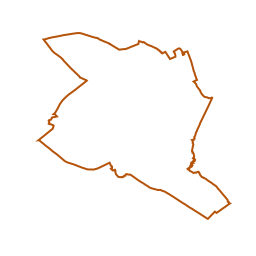 the district of Faurei, Neamt, Romania, rotated 172°
{"feature_id": "2599482B17296269865935", "entity_name": "Faurei", "entity_type": "district", "adm_level": 2, "iso_a3": "ROU", "parent_name": "Romania", "parent_adm1": "Neamt", "projection": "natural_earth1", "projection_center": [26.714, 46.923], "detail": "fine", "context": "isolated", "style": "outline", "palette": "amber", "viewbox_px": 256, "rotation_deg": 172, "n_neighbors": 0, "source": "geoboundaries", "source_scale": "gbopen_adm2", "svg_char_len": 5445}
<svg xmlns="http://www.w3.org/2000/svg" viewBox="0 0 256 256"><g transform="rotate(172 128 128)"><path d="M105.0,212.5L106.1,209.7L106.6,209.6L109.8,208.9L110.9,208.5L112.6,208.2L113.3,208.0L119.3,206.5L121.3,206.7L125.9,206.8L126.9,207.7L132.5,212.2L133.8,213.4L134.4,214.0L134.7,213.8L135.8,214.9L140.9,217.8L141.7,218.4L143.2,219.2L144.2,220.0L145.8,221.4L147.7,221.9L151.5,223.6L155.4,225.5L157.0,226.2L159.7,227.6L162.4,228.7L164.3,229.0L166.5,229.1L179.3,228.9L183.0,228.6L183.9,228.6L184.8,228.5L190.9,228.3L192.6,228.1L193.4,228.1L196.4,227.6L198.3,227.4L199.3,227.4L196.1,221.9L195.1,220.0L194.4,218.9L192.5,215.3L191.3,213.7L190.4,212.6L187.3,209.7L184.5,206.9L183.6,205.7L182.7,204.5L182.6,204.0L176.8,195.8L172.3,190.0L170.9,188.4L170.1,187.1L169.1,186.1L168.7,185.2L168.7,184.8L168.4,184.7L162.5,181.0L162.2,180.6L172.2,174.8L174.0,173.7L178.4,171.3L182.0,169.4L185.1,167.4L188.4,164.9L189.5,163.9L192.1,161.2L195.1,156.9L197.7,153.6L198.9,152.6L199.7,152.1L198.6,151.8L198.2,151.4L196.8,149.3L199.6,149.0L200.1,149.1L201.1,149.1L202.0,148.9L202.3,148.0L202.9,147.2L203.2,146.9L204.1,147.0L205.1,146.4L205.4,146.5L205.6,146.1L205.5,145.6L205.0,144.8L205.9,143.3L205.4,143.0L205.3,142.7L204.0,142.5L203.2,142.1L202.4,141.5L201.7,141.2L201.3,140.8L201.8,139.4L202.4,138.4L202.6,137.8L202.9,137.5L203.4,137.3L218.2,128.4L217.9,128.4L217.7,128.2L213.7,123.9L213.1,123.3L212.6,122.6L211.8,121.8L208.7,118.7L205.9,115.5L201.8,111.5L195.6,104.5L194.5,103.5L193.7,102.9L192.1,102.0L186.8,99.5L179.1,95.2L176.0,93.7L174.7,93.1L174.0,92.7L173.1,92.5L167.7,91.6L167.1,91.7L165.9,91.9L165.0,91.9L161.6,92.8L151.0,96.2L150.5,94.2L150.0,92.8L149.2,92.1L149.5,90.1L150.1,90.4L150.6,90.2L150.1,89.3L149.4,88.6L148.8,88.0L147.9,87.9L147.3,88.5L146.7,88.4L146.4,87.6L146.4,87.2L146.6,86.4L146.6,85.2L146.4,84.4L146.1,83.5L145.3,82.4L144.6,81.1L143.0,80.5L142.1,80.4L141.4,80.1L140.9,80.1L140.8,80.3L140.7,80.3L139.9,80.1L139.7,80.4L139.1,80.4L139.0,80.5L138.9,80.9L138.5,81.1L138.0,81.2L137.2,81.2L137.2,81.5L137.1,81.9L136.5,82.4L136.0,82.6L134.1,81.8L133.4,81.7L132.0,81.4L124.9,74.7L122.5,72.6L120.4,71.0L118.4,69.1L117.3,68.3L115.9,67.1L115.5,66.5L115.1,66.2L112.8,64.9L107.4,62.6L106.2,62.3L104.8,62.3L104.2,62.1L103.4,61.3L102.3,60.9L101.4,60.4L100.1,59.6L98.7,58.5L96.9,57.0L96.4,56.7L94.1,54.7L92.1,53.0L84.2,46.1L81.8,44.2L79.0,41.6L76.5,39.5L75.9,39.2L74.0,37.4L69.8,33.9L62.5,27.6L61.6,26.9L53.6,33.1L52.1,31.6L37.8,39.0L38.1,39.1L38.0,39.4L38.6,40.0L38.7,40.4L38.8,40.5L38.7,40.7L39.2,40.9L39.5,41.2L39.5,41.4L39.3,41.7L39.4,42.9L40.2,44.3L40.7,45.0L41.1,45.5L41.2,46.0L41.4,46.3L42.2,47.4L44.6,51.3L45.0,51.9L46.5,54.4L46.8,54.6L47.8,56.4L48.3,57.3L48.9,58.2L51.3,60.3L52.5,61.7L55.7,64.4L58.1,66.8L59.3,67.7L59.9,67.9L60.0,68.2L60.4,68.4L60.7,68.7L61.8,69.2L62.1,70.0L62.9,70.9L63.2,72.1L63.5,72.6L63.6,73.0L63.7,73.4L63.6,73.6L63.7,73.9L64.1,74.2L64.2,74.7L64.5,74.9L64.9,74.9L65.6,74.8L65.8,74.6L66.5,74.2L67.4,74.5L67.8,74.6L68.6,74.4L69.3,74.3L69.5,74.5L70.4,75.2L71.2,76.0L72.1,76.4L72.4,76.7L74.7,79.2L74.2,79.5L73.9,79.1L73.5,79.0L73.0,79.1L72.9,79.2L73.3,79.7L73.2,79.8L72.8,79.7L72.5,80.0L72.0,81.1L72.0,81.3L71.7,81.6L71.4,81.5L71.2,81.4L71.2,81.2L71.4,81.1L71.3,80.9L70.9,81.0L70.8,80.8L70.6,80.7L70.3,80.9L70.3,81.0L70.5,81.3L70.0,81.4L69.9,81.5L70.0,81.7L70.0,81.9L70.0,82.0L69.6,82.1L69.4,82.2L69.5,82.4L69.8,82.5L70.0,82.7L70.3,82.6L70.3,83.0L69.8,83.0L69.9,83.3L70.3,83.4L70.7,83.3L70.5,83.7L69.9,83.8L70.0,84.1L70.4,84.2L70.3,84.5L70.1,84.4L70.0,84.6L69.8,84.8L69.4,84.7L69.6,84.9L69.6,85.0L68.9,85.6L68.3,85.1L68.1,85.1L68.0,85.4L68.2,85.5L67.9,86.2L67.5,86.2L67.4,86.1L67.2,85.8L66.9,85.8L66.4,86.2L66.4,86.4L66.7,86.3L66.7,86.6L66.3,86.6L66.0,87.2L66.1,87.5L66.2,87.8L67.1,88.0L67.3,88.1L67.4,88.4L67.2,88.6L66.9,88.6L67.0,88.9L67.7,89.2L67.6,89.3L67.1,89.2L66.8,89.4L66.7,90.1L66.5,90.4L66.6,93.3L67.0,94.5L67.3,94.5L67.2,94.8L67.2,95.2L67.3,95.3L67.6,95.2L67.7,95.4L67.7,95.6L67.6,95.9L67.8,96.2L67.8,96.6L66.6,99.9L66.5,100.5L65.6,102.6L65.8,103.7L66.0,104.0L65.8,104.2L65.7,104.5L65.9,105.1L65.8,105.5L65.9,106.3L66.3,107.1L64.7,107.0L64.6,107.7L64.1,108.0L63.5,108.2L63.7,109.7L63.3,110.1L62.5,111.1L61.7,113.1L61.4,113.8L61.2,114.2L60.6,114.8L59.7,116.5L57.1,120.5L54.9,124.4L54.7,124.5L43.7,141.0L40.0,146.8L40.5,146.5L42.0,146.1L42.7,146.1L43.8,146.3L44.3,146.7L45.1,147.0L45.4,147.3L47.9,148.2L48.5,148.8L49.4,150.3L49.6,150.4L50.3,151.4L50.3,151.6L51.3,154.0L51.2,154.2L51.2,154.6L51.2,154.8L54.0,159.7L54.3,161.4L54.5,161.9L54.5,162.1L55.2,163.2L55.8,163.9L56.2,164.5L56.3,164.7L56.5,164.9L53.0,166.0L53.3,166.8L53.4,167.3L53.9,169.9L54.4,172.1L54.3,172.4L54.4,173.2L55.1,175.9L55.1,176.8L56.1,184.7L56.2,185.5L58.5,195.6L62.4,195.0L61.9,193.3L62.9,192.7L63.4,192.7L63.4,192.8L63.6,193.8L63.8,194.5L63.6,195.2L63.6,195.7L63.6,196.1L63.8,196.4L65.1,198.9L65.4,199.3L66.1,199.7L66.8,199.7L67.5,199.5L72.1,197.4L72.0,196.9L71.2,195.4L71.2,195.1L71.2,194.9L71.0,193.9L71.1,192.0L76.8,190.5L80.4,198.2L83.8,197.1L84.4,197.7L84.5,198.0L84.4,198.3L84.9,198.5L85.2,198.8L85.2,199.1L85.3,199.2L85.7,199.5L85.8,200.0L86.1,200.1L86.2,200.3L86.2,200.5L86.3,200.6L87.0,200.9L87.4,201.3L87.5,201.7L87.9,202.0L88.0,202.2L88.2,202.4L88.5,202.6L89.3,203.2L89.8,203.3L90.0,203.6L92.7,205.3L93.6,206.0L94.3,206.2L95.5,207.0L95.8,207.0L96.2,207.2L98.1,208.6L100.3,210.8L100.6,210.9L101.0,210.9L101.4,210.7L103.1,211.7L103.9,211.9L104.2,212.1L104.5,212.1L105.0,212.5Z" fill="none" stroke="#b45309" stroke-width="2"/></g></svg>